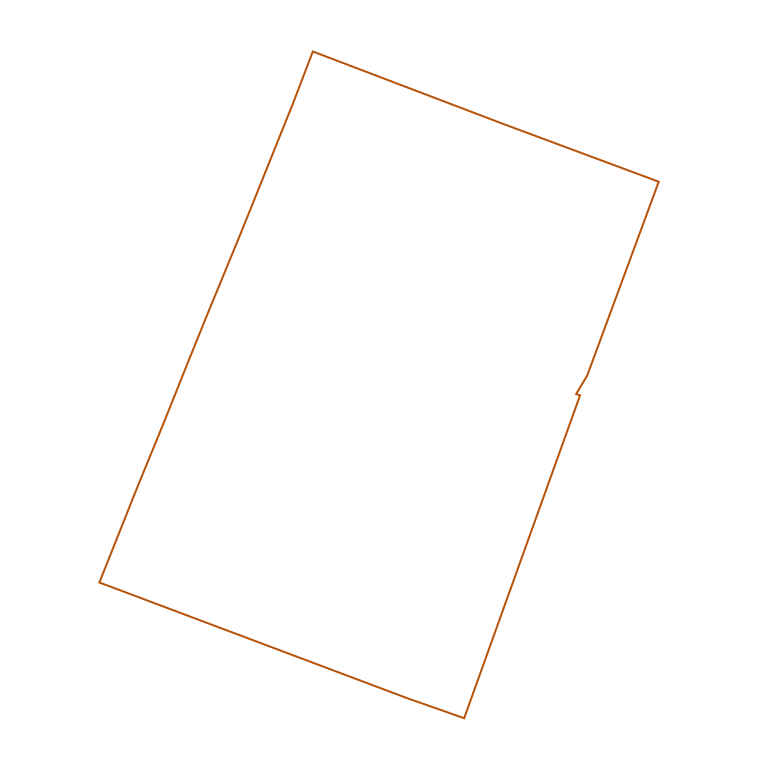 Darke, Ohio, United States of America (Albers equal-area conic projection), rotated 21°
{"feature_id": "52423323B38982554043434", "entity_name": "Darke", "entity_type": "district", "adm_level": 2, "iso_a3": "USA", "parent_name": "United States of America", "parent_adm1": "Ohio", "projection": "albers", "projection_center": [-84.709, 40.136], "detail": "fine", "context": "isolated", "style": "outline", "palette": "amber", "viewbox_px": 768, "rotation_deg": 21, "n_neighbors": 0, "source": "geoboundaries", "source_scale": "gbopen_adm2", "svg_char_len": 486}
<svg xmlns="http://www.w3.org/2000/svg" viewBox="0 0 768 768"><g transform="rotate(21 384 384)"><path d="M570.7,303.1L568.0,96.7L403.0,98.5L198.4,99.1L198.5,155.1L198.3,165.1L196.7,268.6L196.1,302.3L195.9,309.7L195.9,309.8L195.5,325.7L193.9,392.8L193.9,395.4L193.4,421.4L193.1,440.6L192.3,498.0L191.9,517.3L191.0,555.5L190.7,568.3L189.6,657.6L189.5,664.9L189.4,671.3L518.7,669.0L578.6,667.3L571.1,324.4L567.0,324.5L570.7,303.1Z" fill="none" stroke="#b45309" stroke-width="2"/></g></svg>